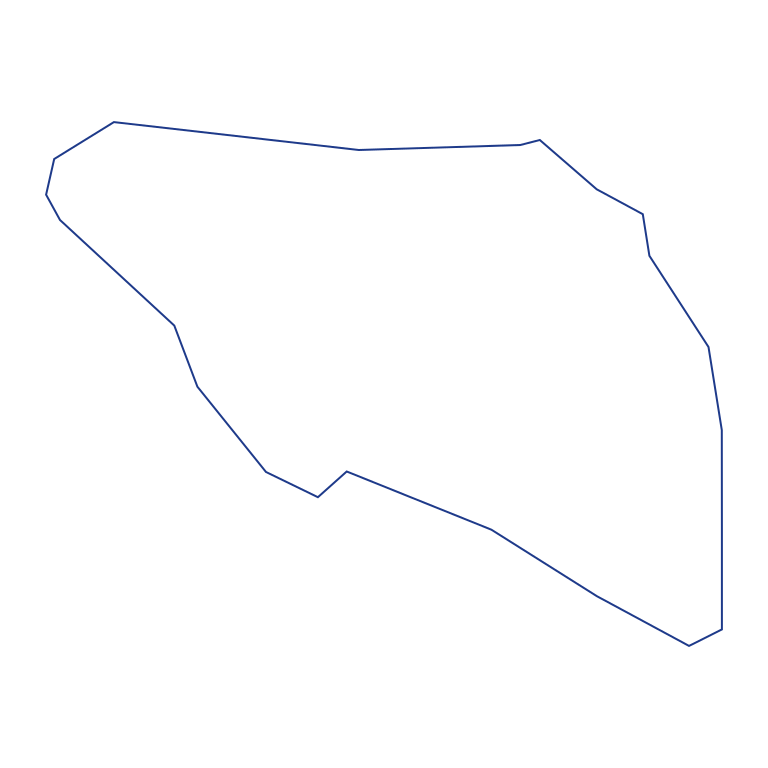 SVG path tracing the border of Blaenau Gwent
{"feature_id": "GBR-2131", "entity_name": "Blaenau Gwent", "entity_type": "Unitary Authority (wales)", "adm_level": 1, "iso_a3": "GBR", "parent_name": "United Kingdom", "parent_adm1": "", "projection": "equal_earth", "projection_center": [-3.185, 51.758], "detail": "fine", "context": "isolated", "style": "outline", "palette": "blue", "viewbox_px": 768, "rotation_deg": 0, "n_neighbors": 0, "source": "natural_earth", "source_scale": "10m", "svg_char_len": 412}
<svg xmlns="http://www.w3.org/2000/svg" viewBox="0 0 768 768"><path d="M317.9,497.2L266.0,472.0L197.4,386.7L174.3,325.6L60.0,220.0L46.1,194.7L54.2,159.0L113.9,122.1L358.8,150.0L520.3,145.0L539.8,140.0L596.7,189.3L642.8,214.2L649.4,255.8L708.5,347.0L721.8,430.1L721.9,529.7L721.9,629.4L692.9,644.0L689.0,645.9L596.9,596.2L491.4,529.7L346.7,471.5L317.9,497.2Z" fill="none" stroke="#1e3a8a" stroke-width="2"/></svg>